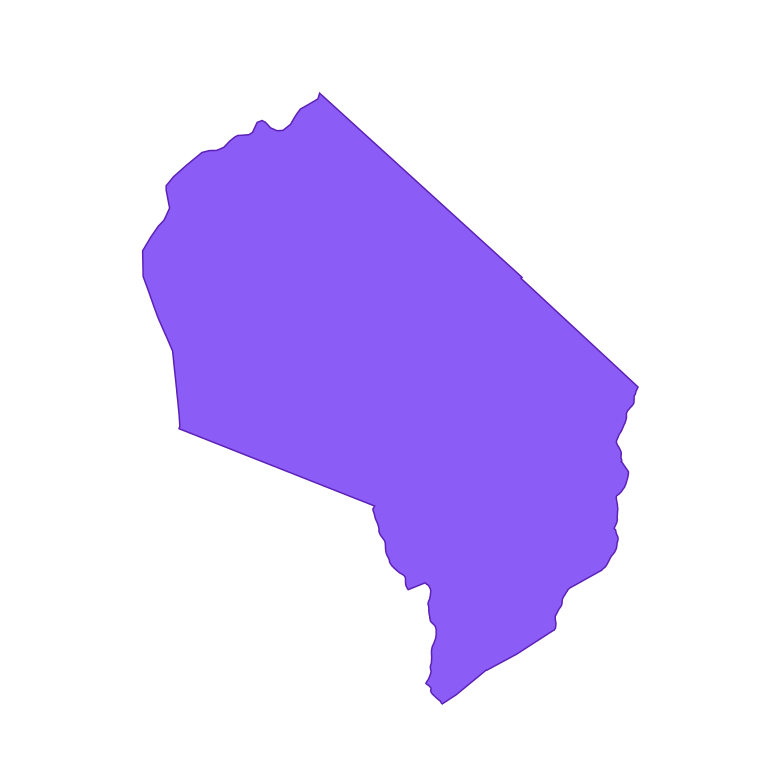 the district of Au Leon, Dennery, Saint Lucia, rotated 316°
{"feature_id": "8701671B69175081288575", "entity_name": "Au Leon", "entity_type": "district", "adm_level": 2, "iso_a3": "LCA", "parent_name": "Saint Lucia", "parent_adm1": "Dennery", "projection": "robinson", "projection_center": [-60.906, 13.953], "detail": "fine", "context": "isolated", "style": "filled", "palette": "violet", "viewbox_px": 768, "rotation_deg": 316, "n_neighbors": 0, "source": "geoboundaries", "source_scale": "gbopen_adm2", "svg_char_len": 4675}
<svg xmlns="http://www.w3.org/2000/svg" viewBox="0 0 768 768"><g transform="rotate(316 384 384)"><path d="M205.5,273.8L292.5,465.3L291.9,465.5L291.2,465.7L289.6,466.0L289.1,466.3L288.0,467.8L287.8,468.4L287.6,469.1L286.8,470.5L286.2,471.6L285.5,472.8L285.1,473.4L284.2,475.1L282.2,480.5L280.7,483.3L279.8,484.7L278.3,486.1L277.7,487.0L277.3,487.9L276.6,489.7L276.4,490.9L276.2,491.8L275.8,495.2L275.5,497.2L274.5,499.2L272.6,501.4L271.7,502.4L270.3,504.0L268.4,506.7L268.0,507.4L267.0,509.8L266.9,510.3L265.8,513.8L264.8,515.3L264.0,516.9L263.6,519.0L263.4,520.0L263.4,523.2L263.6,526.7L264.0,530.5L264.8,533.1L265.1,534.3L265.3,535.3L265.3,536.6L265.0,537.6L264.3,538.9L263.5,539.7L262.9,540.3L262.1,541.2L260.4,543.1L259.6,544.6L259.4,545.5L259.0,546.7L258.6,547.8L258.6,548.8L275.5,555.6L275.5,556.8L275.5,557.6L276.0,558.7L276.0,560.0L275.6,561.8L274.7,564.2L273.6,565.7L273.2,566.0L272.2,566.8L270.3,568.4L268.4,569.7L267.6,570.3L265.2,571.2L264.0,571.9L262.7,572.9L262.2,574.0L262.0,574.5L261.5,575.1L260.2,576.8L259.2,577.6L258.2,578.9L257.6,579.6L257.1,580.3L255.7,582.4L255.3,583.1L254.5,584.0L253.4,585.7L253.0,586.4L252.6,587.2L252.6,589.7L252.7,592.5L252.6,593.0L252.5,593.8L251.9,595.4L251.2,596.5L249.7,598.2L249.3,598.5L247.4,600.6L244.3,602.9L239.8,605.1L238.4,605.6L237.1,606.1L236.3,606.5L235.4,607.0L232.8,608.9L230.2,611.7L228.7,613.4L228.2,614.0L226.3,615.7L224.3,617.6L222.4,618.6L221.9,618.9L221.2,619.3L220.2,620.4L219.2,621.7L218.9,622.3L218.3,623.5L216.8,624.4L216.0,624.9L215.2,625.3L213.3,626.2L211.8,626.9L210.7,627.3L208.1,627.8L207.2,628.0L206.1,628.6L206.2,629.5L206.2,629.8L206.4,630.7L206.7,632.3L206.7,635.0L206.4,635.6L206.2,635.9L205.4,636.3L204.4,637.1L203.7,638.7L203.4,641.0L203.7,646.9L204.0,649.9L204.2,650.8L204.3,651.1L203.7,653.2L203.6,653.5L203.8,654.2L203.7,654.6L216.4,657.0L219.9,657.7L228.9,658.4L258.9,660.8L259.1,661.3L291.9,670.5L333.7,678.7L335.5,679.3L337.8,678.7L338.5,678.1L339.8,677.1L341.1,676.0L342.3,674.3L344.1,671.8L345.5,670.4L346.1,669.9L347.2,669.6L349.5,668.8L351.5,668.1L353.4,667.5L356.2,667.0L356.7,666.9L358.1,666.5L359.6,665.4L360.0,665.2L361.8,663.5L363.3,662.5L365.2,661.8L367.1,661.4L368.3,661.1L369.8,660.7L370.1,660.6L371.0,660.4L371.8,660.3L372.2,660.2L373.1,659.9L373.7,659.7L375.9,659.8L380.4,661.0L381.5,661.3L392.1,664.1L411.3,669.2L411.6,669.0L416.1,669.3L418.5,668.8L419.5,668.6L421.5,667.9L423.9,667.1L425.0,666.7L427.3,665.9L433.1,665.2L434.6,664.6L435.8,664.2L437.1,663.6L439.5,661.8L441.4,660.1L442.8,659.5L443.2,659.2L444.7,658.1L446.0,656.4L447.1,653.4L447.3,653.0L448.0,651.6L448.4,651.1L449.1,650.1L449.2,648.7L449.1,647.9L450.9,647.0L451.5,646.8L453.2,646.2L454.3,645.7L455.3,645.3L456.2,644.7L457.9,643.5L458.9,642.1L460.8,640.4L462.4,638.9L463.3,638.0L464.7,637.0L465.1,636.6L465.5,636.1L466.0,635.5L466.6,634.7L467.4,633.7L468.2,632.8L469.2,631.2L470.5,629.3L472.3,626.8L472.7,626.6L473.1,626.3L473.7,626.0L476.4,626.4L479.7,626.4L483.5,625.6L485.1,625.4L488.2,624.1L488.6,623.9L489.4,623.4L490.3,622.9L493.9,620.9L495.0,620.2L498.1,617.8L499.0,616.6L499.1,615.9L500.1,609.8L500.8,606.0L500.7,605.3L500.6,604.7L501.6,604.6L502.3,603.5L503.4,601.5L504.3,600.6L504.7,600.3L505.3,599.8L505.8,599.5L507.2,597.8L507.7,596.8L508.0,596.2L508.2,595.4L509.0,592.8L509.3,591.2L509.5,590.2L510.1,588.6L510.9,587.0L512.3,586.1L514.9,585.1L518.5,583.5L519.0,583.4L520.4,583.2L521.8,582.8L523.2,582.3L529.1,579.8L530.0,579.6L530.3,579.4L533.3,577.8L534.2,577.2L535.1,576.6L537.4,574.1L537.8,573.7L538.8,573.2L539.4,572.9L540.7,572.5L541.2,572.5L543.4,572.2L547.2,572.0L549.0,571.7L550.0,571.5L551.3,570.6L551.9,570.0L553.6,568.5L553.8,568.2L555.4,566.5L557.7,565.9L559.1,565.0L559.8,564.5L560.7,564.1L561.2,564.0L561.6,563.8L563.1,563.3L564.6,562.7L564.6,561.8L555.9,403.0L557.4,403.2L539.7,130.1L538.8,130.6L535.3,132.6L534.4,133.0L523.6,130.4L514.8,128.1L510.1,128.9L507.6,129.4L503.7,130.4L499.5,131.6L497.1,132.3L493.1,131.9L487.5,131.4L482.9,127.4L481.9,124.8L480.5,121.3L480.3,120.8L480.5,116.7L480.4,112.4L480.2,112.9L479.4,109.8L474.5,107.7L464.1,111.7L460.0,110.8L454.5,106.3L451.4,103.6L449.9,103.2L448.4,102.7L441.9,102.1L433.2,102.5L425.7,99.6L420.7,94.9L413.9,91.0L393.9,89.4L376.3,88.7L368.3,89.7L365.1,90.0L362.0,93.2L352.0,108.5L343.4,111.9L339.6,113.3L338.6,113.4L331.3,113.7L321.8,115.6L318.0,116.4L315.8,117.0L302.9,120.5L285.4,139.4L279.4,153.0L272.1,168.9L270.8,171.9L268.1,177.9L266.7,181.4L266.2,182.8L261.5,195.5L260.6,198.2L259.8,200.3L254.8,213.5L243.7,227.6L238.5,234.3L230.3,244.8L229.5,245.7L223.2,253.8L218.8,259.3L217.3,261.2L215.0,264.1L211.3,268.4L207.6,272.8L207.0,273.0L206.0,273.4L205.5,273.8Z" fill="#8b5cf6" stroke="#5b21b6" stroke-width="1.5"/></g></svg>